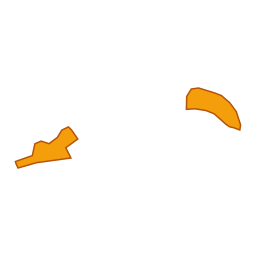 map outline of Al Asimah (Robinson projection)
{"feature_id": "KWT-1663", "entity_name": "Al Asimah", "entity_type": "Province", "adm_level": 1, "iso_a3": "KWT", "parent_name": "Kuwait", "parent_adm1": "", "projection": "robinson", "projection_center": [48.15, 29.392], "detail": "fine", "context": "isolated", "style": "filled", "palette": "amber", "viewbox_px": 256, "rotation_deg": 0, "n_neighbors": 0, "source": "natural_earth", "source_scale": "10m", "svg_char_len": 552}
<svg xmlns="http://www.w3.org/2000/svg" viewBox="0 0 256 256"><path d="M215.1,93.1L221.6,95.7L224.9,98.6L229.7,102.7L233.0,107.2L236.3,111.7L240.6,125.0L239.8,130.0L233.6,127.7L229.6,126.8L225.7,124.1L214.2,113.8L206.2,110.6L195.2,108.8L186.4,109.3L186.7,96.5L186.7,96.4L191.3,89.0L198.6,88.0L215.1,93.1ZM15.4,161.5L23.1,158.8L32.3,155.6L34.9,143.8L41.1,141.1L49.0,143.7L57.4,137.4L61.8,130.1L68.4,126.9L71.4,129.8L77.8,139.0L65.8,147.7L70.9,158.0L36.4,162.7L18.0,168.0L15.8,163.1L15.4,161.5Z" fill="#f59e0b" stroke="#b45309" stroke-width="1.5"/></svg>